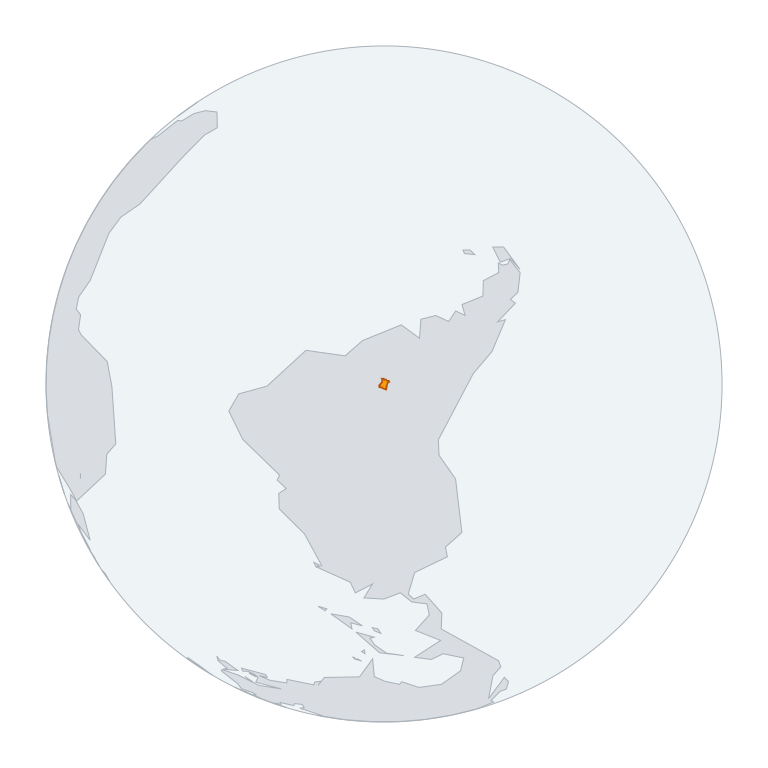 San Pedro highlighted on a globe, orthographic projection, rotated 209°
{"feature_id": "PRY-606", "entity_name": "San Pedro", "entity_type": "Department", "adm_level": 1, "iso_a3": "PRY", "parent_name": "Paraguay", "parent_adm1": "", "projection": "orthographic", "projection_center": [-56.605, -24.173], "detail": "fine", "context": "on_globe", "style": "filled", "palette": "amber", "viewbox_px": 768, "rotation_deg": 209, "n_neighbors": 0, "source": "natural_earth", "source_scale": "10m", "svg_char_len": 6016}
<svg xmlns="http://www.w3.org/2000/svg" viewBox="0 0 768 768"><g transform="rotate(209 384 384)"><circle cx="384" cy="384" r="338" fill="#eef3f6" stroke="#a8b0b8"/><path d="M281.9,61.9L276.5,63.7L276.9,64.1L300.4,59.7L296.9,62.2L300.2,64.1L307.1,61.2L306.9,59.0L320.5,55.1L318.7,53.8L323.9,52.4L326.5,51.2L337.7,49.5L347.3,49.0L345.7,50.2L349.9,50.4L360.8,48.3L367.0,51.0L387.0,54.2L387.3,55.7L371.1,58.7L347.2,59.8L326.1,67.5L351.6,61.1L352.0,66.5L357.0,67.3L363.8,66.7L368.3,64.4L370.9,66.4L346.7,72.5L344.0,70.7L351.7,68.5L340.4,69.5L324.1,75.4L325.6,78.6L299.4,86.9L300.2,89.6L294.9,93.6L295.5,88.4L293.9,98.4L263.4,116.0L260.7,138.1L250.6,123.4L239.2,124.4L224.9,128.8L224.1,132.2L206.4,135.5L188.1,149.2L178.0,170.2L181.4,183.1L201.5,176.7L209.1,166.0L224.7,159.8L210.2,187.1L237.0,183.7L232.4,203.9L239.8,212.5L254.0,206.9L268.5,209.3L279.9,195.8L297.8,187.2L297.1,203.5L307.8,187.4L317.3,194.3L353.5,191.3L350.5,195.1L380.8,214.3L415.1,224.0L423.0,237.3L418.8,245.2L430.9,248.2L431.1,253.7L480.6,267.0L506.6,285.1L506.2,305.0L485.3,325.4L468.6,375.6L431.7,389.7L423.8,411.6L397.6,444.1L375.1,441.2L383.1,458.5L371.9,469.0L357.7,470.0L356.7,482.6L346.3,483.3L354.3,491.3L340.1,508.9L347.2,522.5L337.6,537.2L342.7,545.3L338.0,545.4L333.9,549.0L334.4,553.8L318.9,547.4L311.3,529.1L314.5,519.1L308.3,518.4L314.7,493.6L309.0,499.1L305.3,464.7L311.0,436.4L309.4,361.6L301.3,348.3L275.4,335.7L243.9,291.9L251.2,271.2L244.8,263.6L265.8,234.0L261.0,212.1L253.8,210.3L246.1,220.1L222.3,211.7L215.2,197.5L149.7,197.5L144.7,193.3L147.3,181.7L140.0,159.5L136.5,185.8L130.8,183.9L129.1,176.5L133.5,171.4L137.0,159.1L134.0,159.0L145.2,144.9L165.0,126.7L186.1,110.1L208.5,95.2L232.1,82.2L256.6,71.0L281.9,61.9ZM257.5,146.8L288.3,153.4L269.3,157.9L273.2,155.0L265.7,151.3L251.3,149.8L235.0,156.1L257.5,146.8ZM274.6,130.7L269.2,130.8L274.7,129.7L274.6,130.7ZM320.1,52.3L323.2,51.8L321.1,52.2L320.1,52.3ZM318.3,52.6L313.7,53.5L312.1,53.8L315.0,53.2L318.3,52.6ZM323.8,51.5L324.4,51.4L317.1,52.8L323.8,51.5ZM345.8,561.8L320.7,550.2L334.3,555.0L341.3,546.9L355.3,556.5L345.8,561.8ZM367.3,541.2L376.8,537.1L379.8,539.4L373.9,542.9L367.3,541.2ZM602.5,126.2L597.1,122.5L604.5,135.4L597.3,132.9L584.0,124.5L565.3,104.9L583.6,113.0L577.2,107.6L559.8,96.2L566.9,100.1L562.0,96.9L566.9,99.9L602.5,126.2ZM708.5,478.4L706.5,485.0L701.9,491.5L692.2,514.5L688.4,516.0L681.5,528.2L672.7,536.5L661.9,540.9L654.1,527.3L661.6,515.0L669.8,485.9L684.7,423.3L695.0,402.5L697.7,382.7L691.2,332.4L693.2,312.2L689.5,300.3L682.9,297.4L677.6,283.5L672.8,280.2L636.9,269.4L620.8,249.9L589.6,201.6L592.4,188.1L584.0,170.2L596.1,132.7L608.7,140.6L629.6,152.4L634.0,156.9L642.4,167.5L663.6,194.3L676.8,215.3L688.3,237.2L698.3,259.8L706.5,283.2L713.0,307.0L717.8,331.3L720.8,355.9L721.9,380.6L721.2,405.4L718.8,430.0L714.5,454.4L708.5,478.4ZM603.7,154.1L606.2,158.8L603.7,154.1ZM354.6,191.0L358.9,194.0L353.0,194.3L354.6,191.0ZM265.9,164.4L272.8,163.5L276.1,165.3L270.7,166.9L265.9,164.4ZM325.6,157.1L333.9,157.7L325.0,159.6L325.6,157.1ZM293.3,154.3L319.0,157.2L301.7,163.3L285.7,162.0L297.2,159.1L293.3,154.3ZM269.9,138.9L274.0,139.2L272.2,141.9L269.9,138.9ZM278.7,130.0L277.0,130.5L275.2,128.9L278.7,130.0ZM353.4,66.2L355.4,65.7L362.1,65.7L358.3,66.8L353.4,66.2ZM395.0,61.5L398.3,65.0L393.4,62.8L388.9,64.4L372.9,62.6L386.7,56.4L383.3,59.2L395.0,61.5ZM355.4,59.7L363.9,60.7L354.0,59.9L355.4,59.7ZM536.2,82.3L540.5,84.6L535.8,82.9L529.5,79.2L529.9,79.2L535.9,82.2L536.2,82.3ZM560.6,95.9L551.8,91.3L552.7,91.3L546.5,87.9L544.9,86.8L560.6,95.9ZM368.0,46.5L365.8,46.6L362.0,46.8L368.0,46.5ZM358.7,47.0L362.8,47.0L352.5,47.7L357.6,47.8L338.8,49.1L338.2,49.2L358.7,47.0ZM423.9,48.4L421.0,48.4L422.5,49.6L407.9,48.1L397.0,46.6L392.8,46.2L423.9,48.4ZM633.7,156.4L632.5,155.0L632.9,155.4L633.7,156.4ZM614.9,137.4L615.9,138.2L623.8,146.1L621.5,144.0L614.9,137.4ZM612.3,134.9L615.3,137.7L610.9,133.6L610.3,133.1L612.3,134.9ZM683.6,540.4L685.0,537.4L692.6,521.7L694.2,518.1L683.6,540.4Z" fill="#d9dde1" stroke="#a8b0b8" stroke-width="1"/><path d="M388.6,387.6L387.9,387.8L387.5,388.0L387.4,388.0L387.1,388.6L386.9,388.7L386.7,388.5L386.5,388.2L386.4,388.2L386.2,388.1L386.1,387.9L386.1,387.7L385.9,387.6L385.8,387.8L385.7,388.0L385.4,388.2L385.3,388.3L385.2,388.5L384.6,389.0L384.4,388.9L384.1,388.7L383.5,388.4L383.1,388.4L382.8,388.5L382.0,388.7L381.9,388.7L381.8,388.8L381.8,389.0L381.7,389.0L381.4,389.1L381.2,389.0L380.8,388.9L380.7,388.8L380.8,388.8L380.8,388.7L380.7,388.6L380.7,388.4L380.6,388.2L380.8,387.9L380.9,387.5L381.0,387.5L381.2,387.4L381.3,387.3L381.3,387.2L381.4,386.9L381.2,386.8L381.2,386.7L381.1,386.4L381.1,386.2L381.2,385.9L381.1,385.7L381.0,385.3L381.0,385.1L381.0,384.7L380.9,384.7L380.7,384.4L380.7,384.2L380.8,384.0L380.9,383.9L381.0,383.7L380.9,383.6L380.7,383.6L380.6,383.4L380.6,383.2L380.4,383.2L380.4,382.9L380.3,382.7L380.2,382.6L380.1,382.4L380.3,382.2L380.3,381.8L380.3,381.7L380.2,381.7L380.3,381.6L380.4,381.4L380.1,381.1L379.7,380.9L379.6,380.7L379.4,380.5L379.4,380.4L379.4,380.2L379.4,379.9L379.6,379.9L379.7,380.0L379.8,380.0L380.0,380.1L380.3,380.0L380.5,380.0L380.6,379.9L381.0,379.9L381.4,379.9L381.6,379.8L381.7,379.7L381.8,379.7L382.0,379.7L382.4,379.7L382.5,379.6L383.0,379.6L383.3,379.6L383.5,379.6L383.8,379.7L384.0,379.7L384.0,379.8L384.1,379.7L384.3,379.7L384.5,379.7L384.9,379.5L385.0,379.5L385.2,379.4L385.3,379.4L385.4,379.2L385.5,379.2L385.8,379.1L386.0,379.0L386.2,378.9L386.3,378.9L386.5,378.9L386.8,379.0L386.8,379.3L387.0,379.4L387.0,379.5L386.9,379.8L386.5,380.1L386.5,380.3L386.7,380.6L386.8,380.7L387.0,380.6L387.1,380.4L387.5,380.2L387.6,380.3L387.6,380.6L387.6,380.8L387.4,381.1L387.4,381.3L387.4,381.5L387.3,381.8L387.2,381.9L387.0,382.1L386.9,382.1L387.3,383.0L387.2,383.2L387.1,383.3L386.9,383.5L386.6,383.6L386.5,383.8L386.4,383.9L386.4,384.1L386.4,384.3L386.4,384.5L386.5,384.6L386.6,384.8L386.6,385.0L386.8,385.3L387.0,385.4L387.1,385.5L387.5,386.1L387.6,386.4L387.6,386.6L387.8,386.8L388.0,387.0L388.2,387.3L388.3,387.4L388.6,387.6Z" fill="#f59e0b" stroke="#b45309" stroke-width="1.5"/></g></svg>